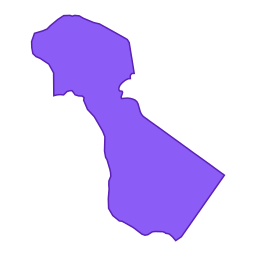 SVG path tracing the border of Kilimanjaro
{"feature_id": "TZA-3393", "entity_name": "Kilimanjaro", "entity_type": "Region", "adm_level": 1, "iso_a3": "TZA", "parent_name": "United Republic of Tanzania", "parent_adm1": "", "projection": "orthographic", "projection_center": [37.535, -3.747], "detail": "fine", "context": "isolated", "style": "filled", "palette": "violet", "viewbox_px": 256, "rotation_deg": 0, "n_neighbors": 0, "source": "natural_earth", "source_scale": "10m", "svg_char_len": 1341}
<svg xmlns="http://www.w3.org/2000/svg" viewBox="0 0 256 256"><path d="M99.4,23.9L116.9,33.6L127.3,39.5L129.2,42.6L131.4,56.3L131.7,57.9L134.2,73.4L131.9,73.5L130.7,74.6L130.2,76.4L130.4,78.6L128.0,78.8L125.0,80.4L122.2,82.7L120.4,84.7L119.7,85.8L119.1,87.2L118.8,88.7L119.0,90.0L119.9,91.0L122.0,91.2L122.6,92.2L122.1,94.3L121.1,96.8L121.5,98.5L127.5,98.1L130.2,98.4L132.9,99.1L135.3,100.2L137.0,101.9L138.0,103.8L140.2,111.6L141.4,114.2L143.2,116.4L150.0,121.4L160.8,129.1L171.5,136.9L182.3,144.7L193.0,152.5L203.8,160.2L214.5,168.0L224.4,175.2L181.4,236.7L175.7,240.6L172.4,236.7L169.6,234.3L168.3,233.7L165.8,233.3L164.6,232.4L162.8,231.7L155.2,231.5L152.4,231.8L147.8,234.7L144.9,235.2L141.9,234.1L133.1,227.4L122.2,221.3L119.3,220.9L112.8,215.6L108.6,208.4L108.3,198.7L109.1,189.0L108.8,184.9L108.9,181.0L110.8,176.3L110.6,172.8L109.9,169.4L107.1,159.9L105.6,157.3L104.5,150.9L104.9,136.8L102.7,131.2L98.9,124.6L94.3,116.7L87.5,109.4L83.6,100.1L84.1,97.7L82.3,96.1L78.6,95.9L75.1,94.8L73.5,92.5L71.9,90.6L69.4,90.8L66.9,91.6L63.6,94.9L60.1,94.6L56.9,94.9L53.8,95.7L53.6,72.8L48.8,64.1L40.0,58.3L36.0,56.6L32.9,53.6L31.8,47.7L31.6,41.6L34.5,33.3L42.9,30.8L47.1,29.0L50.3,25.7L57.8,19.5L63.7,15.6L70.1,15.4L72.2,16.2L74.7,15.4L79.3,15.9L83.4,18.3L93.8,22.6L99.4,23.9L99.4,23.9Z" fill="#8b5cf6" stroke="#5b21b6" stroke-width="1.5"/></svg>